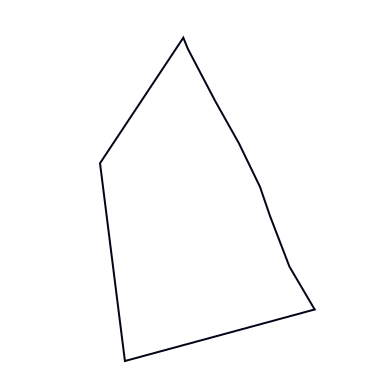 the district of El Arish 1, Shamal Sina', Egypt, rotated 79°
{"feature_id": "37247803B82765364508611", "entity_name": "El Arish 1", "entity_type": "district", "adm_level": 2, "iso_a3": "EGY", "parent_name": "Egypt", "parent_adm1": "Shamal Sina'", "projection": "mercator", "projection_center": [33.823, 31.13], "detail": "fine", "context": "isolated", "style": "outline", "palette": "ink", "viewbox_px": 384, "rotation_deg": 79, "n_neighbors": 0, "source": "geoboundaries", "source_scale": "gbopen_adm2", "svg_char_len": 305}
<svg xmlns="http://www.w3.org/2000/svg" viewBox="0 0 384 384"><g transform="rotate(79 192 192)"><path d="M345.1,290.1L330.7,93.9L329.6,94.4L283.8,110.6L230.5,120.0L199.8,124.3L153.3,136.6L107.4,151.8L50.9,168.7L38.9,171.1L146.2,276.8L345.1,290.1Z" fill="none" stroke="#020617" stroke-width="2"/></g></svg>